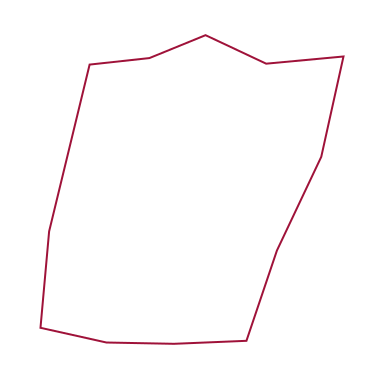 map outline of Dennery (Mercator projection), rotated 185°
{"feature_id": "LCA-5080", "entity_name": "Dennery", "entity_type": "Quarter", "adm_level": 1, "iso_a3": "LCA", "parent_name": "Saint Lucia", "parent_adm1": "", "projection": "mercator", "projection_center": [-60.918, 13.94], "detail": "fine", "context": "isolated", "style": "outline", "palette": "rose", "viewbox_px": 384, "rotation_deg": 185, "n_neighbors": 0, "source": "natural_earth", "source_scale": "10m", "svg_char_len": 315}
<svg xmlns="http://www.w3.org/2000/svg" viewBox="0 0 384 384"><g transform="rotate(185 192 192)"><path d="M331.1,43.5L330.9,140.3L305.1,310.0L246.1,321.7L192.2,349.4L129.3,326.3L52.9,340.2L66.3,238.3L102.3,141.1L124.8,48.5L196.7,39.2L264.1,34.6L331.1,43.5Z" fill="none" stroke="#9f1239" stroke-width="2"/></g></svg>